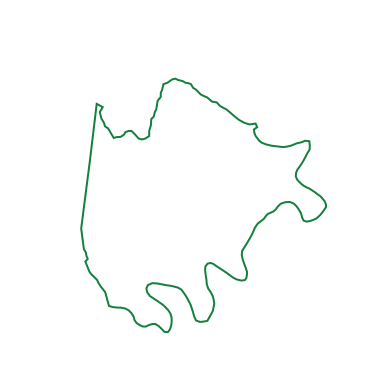 outline of Paula Freitas, Paraná, Brazil, rotated 333°
{"feature_id": "56859067B24450380126830", "entity_name": "Paula Freitas", "entity_type": "district", "adm_level": 2, "iso_a3": "BRA", "parent_name": "Brazil", "parent_adm1": "Paraná", "projection": "natural_earth1", "projection_center": [-50.843, -26.173], "detail": "fine", "context": "isolated", "style": "outline", "palette": "green", "viewbox_px": 384, "rotation_deg": 333, "n_neighbors": 0, "source": "geoboundaries", "source_scale": "gbopen_adm2", "svg_char_len": 2865}
<svg xmlns="http://www.w3.org/2000/svg" viewBox="0 0 384 384"><g transform="rotate(333 192 192)"><path d="M319.6,200.0L316.1,197.7L312.5,197.5L307.6,196.2L301.4,195.7L297.0,194.6L293.5,193.3L283.9,186.9L279.4,183.0L276.4,179.6L275.1,176.6L274.1,170.8L274.5,167.2L275.6,164.4L279.5,163.8L279.7,159.9L273.7,157.8L270.0,154.0L266.8,149.4L265.1,145.9L260.3,134.3L256.0,128.1L254.7,123.4L250.9,120.5L248.5,114.7L245.7,111.3L244.1,109.1L241.9,102.3L240.3,99.8L240.0,95.4L238.1,93.3L235.7,91.6L234.0,88.9L230.3,85.8L228.8,83.5L225.4,82.7L219.8,83.5L215.5,83.0L211.6,87.5L209.2,89.5L207.3,93.1L202.8,95.1L197.7,102.1L195.2,103.9L192.1,107.5L188.8,108.6L185.6,114.0L181.7,118.0L179.2,122.7L174.6,123.2L171.2,122.4L168.7,120.1L167.1,113.8L165.8,110.1L163.0,108.8L159.9,108.4L157.2,110.1L153.4,110.5L149.6,108.8L146.8,108.4L146.1,97.2L144.3,94.0L145.0,89.9L144.6,85.4L146.1,78.9L151.0,75.8L147.1,70.2L115.3,117.7L107.9,128.5L76.7,174.2L69.7,193.9L70.0,197.6L68.9,201.3L68.7,204.3L65.4,205.5L64.4,216.5L65.0,219.8L67.5,227.1L67.4,230.9L67.8,234.9L69.2,241.7L66.3,255.9L69.7,259.0L73.2,261.2L76.4,262.9L79.8,265.7L81.9,268.8L83.0,272.2L83.4,276.8L82.6,280.2L83.2,283.7L85.0,286.9L87.0,289.4L89.6,290.9L92.9,291.0L96.3,291.5L99.3,292.8L101.5,296.4L102.8,300.3L104.0,304.2L106.9,305.9L109.8,304.5L113.0,301.3L115.1,298.2L116.7,294.9L117.6,290.9L117.2,286.8L116.2,283.2L115.2,280.2L113.8,277.3L112.0,273.9L110.3,270.9L108.8,268.3L107.3,265.7L106.6,261.1L107.6,257.2L110.4,254.9L115.3,255.2L119.6,257.8L123.9,261.1L126.4,263.1L129.9,265.5L132.3,267.4L135.9,270.6L138.1,273.9L138.7,277.0L139.2,280.4L139.5,284.0L139.6,287.8L139.5,292.3L138.4,299.4L137.4,303.9L137.3,308.3L140.1,311.4L144.1,312.9L147.2,313.8L150.4,311.6L153.6,309.5L156.6,307.4L158.9,304.5L161.1,301.7L162.5,297.5L163.2,294.1L163.2,289.7L162.6,285.4L163.3,280.9L165.1,276.5L167.0,270.7L168.4,267.2L170.2,264.4L173.3,262.9L176.4,263.7L178.3,265.7L180.0,269.0L182.1,272.5L184.5,276.8L186.4,280.2L188.0,283.5L189.7,286.8L191.9,290.0L195.6,293.2L199.0,294.5L201.4,293.3L203.2,290.9L204.7,288.4L205.3,284.8L205.9,279.8L206.5,275.3L207.8,270.6L210.0,267.2L212.9,265.5L215.3,264.0L217.9,262.5L221.3,260.3L224.4,258.3L226.6,256.7L229.2,254.6L231.2,252.9L233.7,251.3L236.3,250.0L240.3,249.2L243.7,248.6L246.8,247.0L249.4,246.0L252.2,246.1L255.4,246.3L258.8,245.6L261.8,243.9L265.7,242.8L269.4,243.2L271.8,244.0L275.0,245.6L277.5,248.7L278.5,251.6L279.1,254.9L279.5,260.3L278.5,264.9L278.5,268.2L280.7,270.4L283.6,271.4L287.3,271.9L290.7,272.1L293.4,271.4L295.8,270.7L298.1,269.7L301.5,268.0L304.6,266.3L305.8,263.5L306.0,260.5L305.4,257.6L304.5,254.1L302.9,251.1L301.2,247.6L298.3,242.5L295.4,238.8L293.5,235.5L292.3,232.2L291.3,228.6L291.6,225.2L293.5,222.1L296.1,219.9L298.9,218.5L302.1,216.8L305.5,214.7L308.5,212.6L312.4,209.8L316.1,207.5L317.9,204.4L319.6,200.0Z" fill="none" stroke="#15803d" stroke-width="2"/></g></svg>